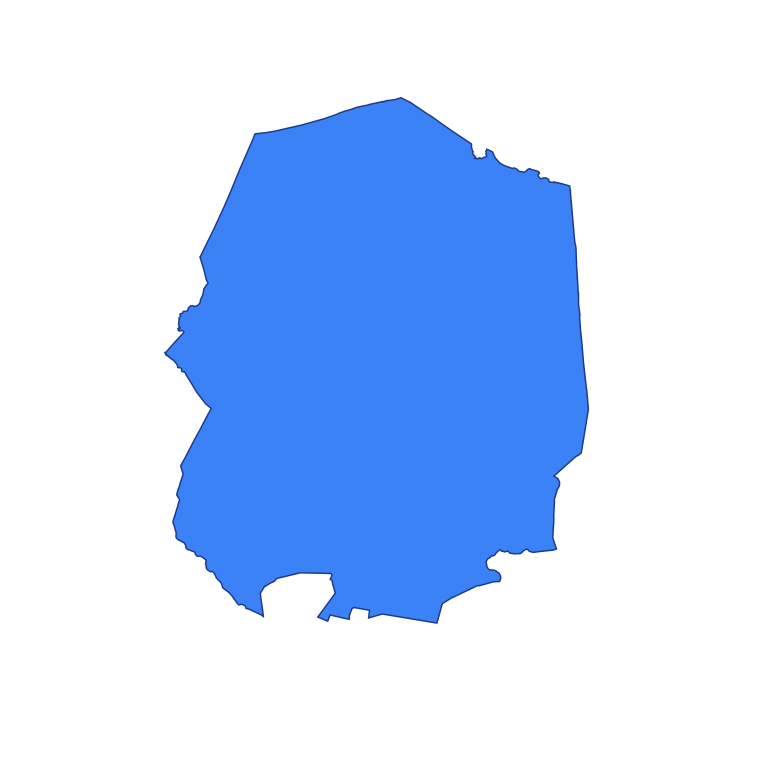 outline of Blomes pag., Smiltenes, Latvia, rotated 207°
{"feature_id": "27541924B40520684233184", "entity_name": "Blomes pag.", "entity_type": "district", "adm_level": 2, "iso_a3": "LVA", "parent_name": "Latvia", "parent_adm1": "Smiltenes", "projection": "albers", "projection_center": [25.744, 57.45], "detail": "fine", "context": "isolated", "style": "filled", "palette": "blue", "viewbox_px": 768, "rotation_deg": 207, "n_neighbors": 0, "source": "geoboundaries", "source_scale": "gbopen_adm2", "svg_char_len": 6147}
<svg xmlns="http://www.w3.org/2000/svg" viewBox="0 0 768 768"><g transform="rotate(207 384 384)"><path d="M185.0,295.7L183.8,299.1L182.9,300.5L182.1,301.4L181.3,301.9L180.8,302.0L180.1,301.4L179.5,301.1L177.9,301.1L174.8,301.6L169.7,305.1L157.9,312.8L155.5,315.3L163.7,323.5L164.4,324.8L165.2,326.9L167.4,331.6L169.5,336.8L171.7,341.3L173.0,343.7L178.5,356.1L179.8,358.7L180.1,359.6L181.1,365.8L181.6,368.4L181.6,373.2L183.0,376.3L186.3,378.8L190.8,379.1L180.3,406.2L178.2,409.2L177.0,412.1L182.7,430.3L190.4,454.2L199.8,469.3L205.1,477.1L216.2,494.0L225.5,509.1L233.5,521.5L239.7,531.8L240.8,534.5L246.9,543.4L251.9,553.2L252.2,553.0L257.0,561.4L264.8,574.7L265.3,575.2L266.7,578.0L269.1,582.3L269.6,583.1L274.3,591.6L275.4,593.4L275.7,593.6L275.8,593.9L278.7,597.4L279.4,598.7L280.6,600.4L287.6,611.7L303.7,637.4L305.6,640.7L308.6,644.7L316.3,643.2L320.3,642.2L323.7,641.0L323.8,641.4L324.7,640.6L326.3,639.9L328.4,639.2L328.8,639.3L329.3,639.7L330.0,640.8L330.3,640.9L332.3,641.3L333.6,641.0L335.8,639.7L337.1,638.3L337.8,638.1L338.9,638.2L341.4,639.6L341.5,639.9L341.6,640.9L341.2,642.2L341.2,642.5L341.8,643.1L342.9,643.3L343.9,643.3L346.1,642.9L348.2,642.4L350.0,642.1L351.5,642.0L352.2,641.8L353.2,640.7L354.2,637.8L355.0,636.7L355.4,636.4L360.3,634.8L360.6,634.8L362.4,635.7L365.5,635.7L366.2,635.5L367.7,634.3L376.5,633.2L381.0,633.4L387.2,635.8L389.5,637.4L392.8,640.1L398.9,639.9L398.9,637.8L398.8,637.5L398.5,637.2L398.0,636.9L397.9,636.5L397.5,635.0L395.8,633.4L396.1,632.7L397.6,631.5L398.3,631.0L398.5,630.2L399.0,629.3L400.0,628.9L401.3,629.1L401.9,628.6L402.4,627.3L403.9,627.0L405.6,626.3L405.4,627.7L407.2,628.5L409.6,629.2L410.0,631.3L413.0,633.8L415.1,637.6L438.2,640.3L452.5,642.3L461.9,643.8L469.5,644.5L488.1,646.8L498.8,646.8L503.3,642.4L509.7,638.0L510.7,637.5L510.8,636.8L511.6,636.4L512.0,635.9L512.2,635.2L512.6,635.0L513.5,635.2L513.7,634.8L523.6,626.7L525.1,625.2L533.2,618.7L535.6,616.4L537.8,613.9L540.0,611.8L542.5,609.7L547.3,604.5L548.4,602.9L556.7,594.2L575.4,576.9L577.3,575.4L596.6,559.3L603.0,554.6L612.5,548.3L611.9,542.4L609.9,509.0L608.0,486.1L606.9,469.0L606.0,446.0L605.5,414.8L605.3,413.8L605.6,413.6L596.7,404.5L589.8,396.4L586.5,393.9L587.0,391.9L587.7,387.1L586.7,384.1L585.8,380.2L585.8,376.1L584.8,372.7L585.4,370.1L585.5,370.0L586.2,368.6L586.5,368.1L587.3,367.9L587.5,367.4L588.0,366.9L589.3,367.0L590.5,366.8L591.3,366.3L592.0,365.3L592.6,363.9L592.8,362.6L592.8,361.9L592.1,360.3L593.5,358.8L595.2,357.9L595.8,357.5L595.5,356.1L595.8,355.4L596.4,354.9L596.9,354.5L597.4,354.0L597.4,353.5L596.9,352.8L596.4,352.6L596.1,352.1L596.1,351.4L596.6,350.0L596.5,349.6L596.3,349.0L596.0,348.6L595.6,348.6L595.3,346.6L594.8,345.9L594.6,344.8L594.0,343.8L592.6,342.5L592.6,341.8L592.2,341.7L591.3,341.8L591.0,340.5L591.1,340.2L591.6,340.3L591.7,341.0L592.1,341.0L592.3,340.6L592.4,340.3L592.7,339.8L592.4,339.7L592.2,339.0L591.6,338.4L590.9,338.3L590.1,338.4L589.5,338.8L588.5,339.7L587.8,340.2L586.3,339.8L586.1,339.5L585.9,338.7L586.0,338.1L589.3,326.6L592.6,313.7L592.6,313.0L592.9,312.8L593.4,312.8L593.5,312.5L593.1,312.2L592.7,311.8L592.0,312.0L591.9,311.9L591.8,311.2L590.9,310.7L590.3,311.0L589.8,311.1L589.6,310.7L588.5,310.7L587.6,310.3L586.5,310.3L585.9,310.0L585.5,309.8L585.0,310.0L583.3,309.6L582.8,309.7L582.5,309.7L582.3,309.4L581.5,309.4L580.9,309.1L580.8,308.9L580.2,308.8L578.7,308.0L577.7,307.7L576.5,306.7L575.1,305.1L574.4,305.4L573.4,305.8L572.2,305.9L571.3,305.7L570.9,305.4L570.6,304.9L570.6,304.3L570.1,303.4L569.2,303.5L567.9,303.9L567.5,304.3L566.7,304.0L564.0,302.0L553.8,295.9L551.4,294.3L546.7,291.4L533.9,285.4L526.8,283.8L527.1,274.4L527.2,259.0L527.6,249.2L527.7,228.4L528.0,218.8L522.8,213.2L521.9,211.9L521.6,211.1L521.7,210.3L520.6,203.4L519.6,198.2L519.8,197.4L519.3,195.8L519.4,195.1L519.1,194.2L518.6,192.0L518.3,191.2L517.3,190.4L516.1,189.7L515.1,189.3L514.0,188.3L513.3,186.8L512.9,183.9L512.3,181.2L509.7,166.1L508.9,164.5L506.9,162.8L504.4,160.1L503.7,159.1L502.8,158.3L501.5,156.9L500.2,153.8L499.6,153.0L499.0,152.6L498.2,152.2L496.1,151.7L494.1,151.9L492.4,151.7L490.3,151.8L488.2,150.8L487.5,150.0L487.0,149.6L486.8,149.5L486.7,149.0L486.0,148.0L485.5,147.7L484.2,147.4L483.0,147.5L481.5,147.9L479.7,147.9L476.8,148.3L475.7,148.1L475.1,147.1L474.6,146.6L473.0,145.9L472.4,145.8L470.5,146.6L469.8,147.1L468.6,147.2L468.1,147.4L467.4,147.4L465.7,146.9L463.1,146.6L462.3,146.1L462.2,145.9L462.3,145.6L461.3,143.1L461.2,142.3L460.0,141.7L459.0,139.6L457.2,138.3L456.4,138.2L455.6,138.3L455.0,138.0L453.5,137.9L453.2,138.0L452.7,138.6L452.3,138.8L450.8,138.9L450.0,138.7L446.3,136.1L445.7,135.4L445.1,135.0L443.8,134.7L442.7,134.1L441.9,134.0L438.5,132.7L435.4,129.5L434.9,129.1L427.2,127.8L422.2,125.7L420.4,124.6L419.3,124.1L418.7,124.0L417.0,122.9L415.3,122.0L413.2,121.2L411.7,122.4L410.5,123.3L407.9,123.3L406.3,122.9L405.2,121.6L404.7,121.5L400.6,122.3L398.8,122.2L389.2,122.5L387.6,122.4L386.0,122.1L389.9,128.0L395.2,135.4L399.2,141.3L398.8,146.4L398.5,148.0L398.8,148.6L398.5,149.1L398.3,149.7L397.7,150.1L397.6,150.7L397.3,150.9L396.5,152.3L396.1,153.1L393.9,156.3L393.3,156.8L392.4,158.1L392.0,158.9L391.6,160.8L391.5,161.6L391.1,162.2L373.1,177.6L351.8,188.0L345.3,191.0L343.6,190.2L343.2,185.5L341.3,185.6L338.0,181.4L336.7,180.3L332.5,175.5L334.2,164.3L337.2,146.3L326.5,147.1L327.2,153.8L324.0,154.5L308.2,158.5L309.8,162.4L310.6,169.2L309.4,171.2L294.2,175.8L291.5,168.6L281.1,178.3L228.3,195.0L232.1,213.5L232.1,215.1L227.0,223.6L209.1,246.9L207.2,247.7L206.7,248.3L196.9,257.3L191.3,260.6L191.7,263.4L192.0,264.4L193.6,266.3L194.6,267.0L195.3,267.4L196.2,267.7L198.1,267.9L199.6,268.3L201.3,268.1L205.8,266.3L206.9,266.5L208.3,267.2L208.9,267.6L210.0,268.9L211.7,271.0L212.1,271.7L212.3,272.1L212.4,273.4L212.2,275.0L212.1,275.5L211.8,276.0L211.1,276.8L210.9,277.3L210.3,279.1L209.9,279.6L208.8,280.6L207.9,281.5L207.7,281.9L207.4,284.2L206.4,287.1L206.0,288.1L205.6,288.8L205.2,289.1L204.5,289.0L203.7,288.5L203.1,288.5L201.7,289.1L200.7,289.0L200.0,289.4L198.0,291.1L197.9,291.3L197.1,291.2L195.3,290.5L194.4,290.6L190.4,292.0L187.6,293.7L186.5,294.2L185.6,294.9L185.0,295.7Z" fill="#3b82f6" stroke="#1e3a8a" stroke-width="1.5"/></g></svg>